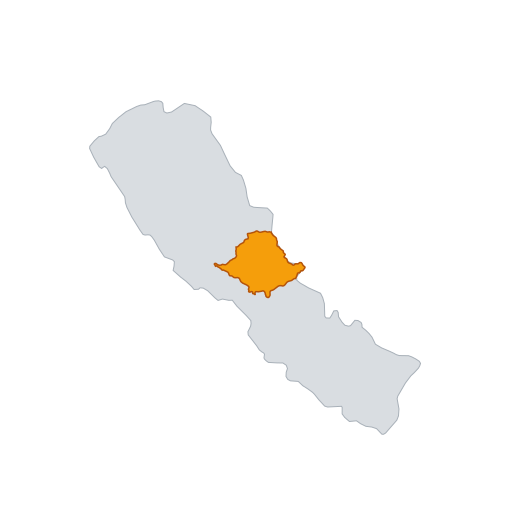 Nepal, with Gandaki highlighted, rotated 25°
{"feature_id": "NPL-1095", "entity_name": "Gandaki", "entity_type": "District", "adm_level": 1, "iso_a3": "NPL", "parent_name": "Nepal", "parent_adm1": "", "projection": "albers", "projection_center": [84.335, 28.335], "detail": "fine", "context": "in_parent", "style": "filled", "palette": "amber", "viewbox_px": 512, "rotation_deg": 25, "n_neighbors": 0, "source": "natural_earth", "source_scale": "10m", "svg_char_len": 5533}
<svg xmlns="http://www.w3.org/2000/svg" viewBox="0 0 512 512"><g transform="rotate(25 256 256)"><path d="M448.5,282.4L450.5,283.8L450.8,286.3L450.6,289.0L448.7,294.9L447.0,299.1L445.1,307.9L443.7,323.1L444.2,325.7L450.2,334.2L452.7,340.7L453.0,345.3L450.8,352.9L448.3,361.6L447.0,363.6L445.4,364.3L438.2,361.5L433.2,362.1L427.6,363.9L421.7,363.8L416.7,362.9L410.6,366.5L404.6,364.8L400.8,362.7L398.1,356.8L397.0,356.1L384.7,362.6L381.7,363.0L373.8,359.8L367.4,356.6L365.0,355.7L358.9,354.5L353.3,353.8L347.3,351.8L339.9,354.6L336.9,354.4L334.1,352.5L332.5,348.5L332.1,344.7L329.6,342.2L325.6,341.6L320.2,344.0L312.2,347.2L309.6,346.7L307.2,345.8L306.3,345.0L305.2,341.4L303.9,340.6L302.0,340.5L298.7,339.7L294.6,337.1L282.3,330.8L280.7,328.1L280.8,321.9L280.1,319.4L278.6,316.7L272.2,314.0L260.0,309.6L253.2,306.1L250.0,307.7L243.8,309.2L240.4,312.3L236.4,311.3L226.9,307.9L221.8,307.4L218.7,308.5L218.0,310.4L214.1,312.5L210.4,310.8L203.1,308.4L196.7,307.0L187.0,304.1L186.0,299.8L184.4,295.6L182.1,294.8L173.4,295.5L165.5,290.7L157.1,284.6L153.5,282.6L151.1,281.8L149.0,282.5L146.6,283.9L144.5,284.2L139.9,281.6L134.1,277.8L126.9,273.1L118.6,266.6L115.2,263.0L113.7,260.3L111.9,257.7L104.7,253.4L99.0,250.0L92.1,245.9L90.9,245.1L88.3,242.7L84.3,239.6L81.0,238.7L79.9,240.3L79.1,241.9L76.1,241.4L71.7,238.3L67.1,235.0L63.5,232.0L59.8,228.9L59.0,226.7L60.8,219.9L63.2,214.1L65.1,212.9L68.3,209.1L69.6,202.4L69.8,196.6L73.0,188.5L77.3,180.0L84.7,170.9L87.8,167.9L91.3,165.9L97.9,159.2L99.3,158.1L102.2,156.5L105.0,156.1L107.0,157.0L109.1,160.7L111.6,164.1L114.8,164.1L118.6,161.2L126.6,148.0L137.3,145.5L147.4,147.1L156.3,149.2L158.9,153.8L160.5,158.5L161.6,161.0L164.5,163.8L177.0,170.8L184.3,176.9L194.4,185.2L202.0,188.9L208.7,189.2L212.5,192.5L218.2,198.9L223.0,206.2L229.0,213.0L233.3,212.8L239.0,210.6L246.0,207.8L250.1,209.2L253.9,211.1L255.2,214.6L257.5,221.2L260.0,228.0L264.0,230.4L268.8,234.0L271.4,236.8L280.3,241.9L281.6,244.0L283.4,245.4L285.6,246.3L287.4,247.3L290.2,247.7L300.6,244.5L303.3,244.9L304.9,245.5L305.0,246.6L303.1,251.4L301.6,257.6L303.2,260.7L307.6,261.9L317.2,262.7L330.2,262.5L334.1,265.6L338.1,270.3L342.1,278.2L343.8,281.6L345.7,282.5L349.1,281.1L349.6,277.8L349.7,272.9L352.5,271.2L354.3,272.4L356.5,276.2L361.9,279.6L365.8,281.2L369.5,280.5L371.1,279.2L372.8,272.5L375.6,271.4L379.3,271.8L380.8,273.1L382.3,275.8L386.8,276.9L391.3,278.5L395.5,280.6L401.5,285.5L408.8,286.2L417.2,285.9L421.7,285.9L424.9,286.1L427.9,285.7L436.4,281.9L439.9,281.6L444.3,281.8L448.5,282.4Z" fill="#d9dde1" stroke="#a8b0b8" stroke-width="1"/><path d="M259.8,227.9L260.3,228.7L262.8,230.1L266.0,230.8L266.6,231.1L267.1,231.5L267.9,232.8L268.9,233.7L269.3,234.2L270.1,236.7L270.7,237.8L271.9,238.2L273.0,238.1L273.8,238.5L274.6,239.0L275.6,239.3L278.2,239.8L278.7,240.0L279.1,241.0L279.5,241.4L280.4,241.7L281.3,241.9L281.9,242.4L281.7,244.9L282.3,245.4L284.5,245.5L285.4,245.9L286.7,247.4L287.5,248.1L288.2,248.3L288.7,248.4L291.4,248.2L292.0,248.3L292.8,248.6L293.3,248.6L293.8,248.5L294.2,248.1L294.8,246.8L295.0,246.5L296.5,245.7L296.9,245.6L297.3,245.4L297.7,244.9L298.1,244.0L298.4,243.5L298.8,243.2L299.9,242.9L300.8,243.3L302.6,244.6L305.0,245.3L305.3,246.0L304.8,248.7L304.7,249.2L304.4,249.7L304.0,249.9L303.2,250.3L302.9,250.7L302.8,251.0L302.8,252.0L302.5,252.8L301.3,253.6L301.0,254.1L301.4,257.1L301.4,258.2L301.3,259.8L300.3,260.3L299.7,261.1L298.7,263.0L298.2,263.5L296.3,265.1L295.6,265.9L295.1,266.8L294.4,269.9L293.8,271.1L293.3,271.6L292.8,271.9L291.5,272.2L290.5,272.6L289.7,273.1L289.2,273.6L288.8,274.1L286.3,278.9L285.6,279.8L284.1,281.2L283.9,281.8L283.8,282.4L283.9,282.7L284.1,283.2L285.0,284.9L285.3,285.7L285.3,286.5L285.2,287.6L284.9,288.1L284.6,288.5L284.2,288.6L283.8,288.7L283.4,288.7L282.9,288.6L282.5,288.5L282.1,288.3L281.8,287.9L281.6,287.6L281.3,287.3L281.2,287.2L280.7,286.8L280.1,285.9L279.5,285.3L279.0,284.9L278.6,284.7L278.1,284.6L277.6,284.5L277.2,284.6L276.9,284.7L275.9,285.6L273.3,287.4L271.1,288.3L270.7,288.7L270.6,289.6L270.8,290.1L271.0,290.5L271.4,290.9L271.5,291.2L271.3,291.4L269.6,291.2L268.9,291.4L268.3,290.5L267.9,290.0L267.0,290.1L266.3,290.7L265.8,291.3L265.2,291.5L264.8,291.5L264.4,291.4L264.3,291.1L264.2,290.6L264.1,290.1L263.4,289.7L263.2,289.3L263.0,288.4L263.0,287.7L262.7,287.1L261.9,286.6L259.8,286.2L255.4,286.2L253.3,285.7L252.4,285.1L250.7,283.6L249.7,283.2L248.5,283.3L246.3,284.5L245.1,284.8L244.5,284.7L243.2,284.4L242.5,284.3L242.0,284.4L240.8,284.9L240.4,284.9L239.7,284.5L238.3,283.1L237.5,282.6L236.4,282.5L232.4,282.5L231.6,283.0L231.2,283.1L229.5,282.4L228.9,282.4L228.3,282.1L227.5,282.0L226.1,282.0L224.7,281.7L224.1,281.8L223.6,282.4L222.9,281.8L222.1,281.3L221.6,280.9L221.9,280.1L222.7,279.7L223.5,279.8L224.9,280.1L226.7,279.9L228.2,279.0L229.0,277.8L231.7,277.0L232.3,276.5L232.9,275.6L234.2,272.4L234.5,271.1L234.8,270.7L235.8,269.5L236.3,268.4L237.0,267.7L237.6,267.2L238.3,265.5L238.3,264.2L238.1,263.7L237.2,262.9L236.9,262.4L236.5,261.3L236.0,260.6L235.6,260.1L235.2,258.2L234.1,256.3L234.9,255.8L235.3,255.5L235.7,254.9L236.5,252.6L236.8,251.9L237.8,250.6L238.6,249.6L239.0,248.9L239.1,248.1L238.9,246.8L239.2,246.0L239.4,245.5L241.5,243.7L241.3,242.9L241.1,242.4L239.1,240.0L238.9,239.5L239.0,239.2L239.4,238.9L240.0,238.5L241.2,237.8L244.3,235.2L244.8,234.6L245.4,233.6L245.8,233.2L246.4,232.9L247.4,232.9L248.3,233.0L249.1,233.0L249.9,232.7L251.1,231.8L252.3,230.8L252.7,230.5L253.3,230.1L254.0,229.7L256.0,229.5L256.6,229.3L257.9,228.4L259.4,228.1L259.8,227.9Z" fill="#f59e0b" stroke="#b45309" stroke-width="1.5"/></g></svg>